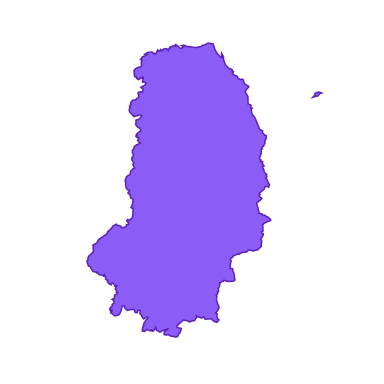 outline of Annobon, Annobón, Equatorial Guinea, rotated 18°
{"feature_id": "11065452B47830871634702", "entity_name": "Annobon", "entity_type": "district", "adm_level": 2, "iso_a3": "GNQ", "parent_name": "Equatorial Guinea", "parent_adm1": "Annobón", "projection": "albers", "projection_center": [5.634, -1.431], "detail": "fine", "context": "isolated", "style": "filled", "palette": "violet", "viewbox_px": 384, "rotation_deg": 18, "n_neighbors": 0, "source": "geoboundaries", "source_scale": "gbopen_adm2", "svg_char_len": 6065}
<svg xmlns="http://www.w3.org/2000/svg" viewBox="0 0 384 384"><g transform="rotate(18 192 192)"><path d="M116.2,294.4L118.3,294.4L119.4,295.7L122.4,298.2L125.0,297.9L126.6,298.4L126.6,297.6L128.1,298.3L129.0,299.3L133.3,298.8L134.0,297.9L134.2,299.3L135.6,298.9L136.2,299.8L136.5,301.3L138.1,302.1L139.2,302.0L139.1,303.0L140.9,304.8L143.6,305.3L143.3,304.4L144.6,303.1L147.6,304.6L147.7,305.5L149.5,304.4L148.9,307.7L150.7,309.2L151.0,310.8L152.4,310.8L152.4,311.6L150.2,314.1L151.1,317.7L149.7,318.2L149.1,318.8L150.3,319.1L151.6,320.2L152.2,321.4L150.9,323.6L151.2,325.6L149.9,327.4L150.4,328.4L149.9,329.0L150.8,329.7L152.4,329.0L152.8,330.2L151.5,331.0L152.0,332.0L154.0,332.5L156.3,333.7L158.4,333.0L160.5,331.3L161.1,329.1L161.1,327.2L161.4,325.9L160.7,322.3L161.2,322.0L163.0,321.3L163.9,323.1L167.1,324.6L171.0,322.2L173.3,321.7L175.1,324.2L177.3,323.6L177.1,321.1L177.9,320.7L179.3,320.7L180.1,324.0L181.8,324.4L182.6,325.9L185.2,327.7L187.7,324.8L189.1,325.3L187.7,328.4L186.9,331.9L187.1,336.9L187.6,339.5L189.0,339.5L190.4,338.9L191.3,336.8L195.6,336.9L196.4,335.5L197.3,336.7L198.1,336.3L199.3,333.4L199.3,332.0L201.0,334.5L202.1,334.6L204.2,335.3L205.5,334.7L206.7,333.1L211.9,328.9L209.0,333.4L209.0,334.7L209.5,336.2L211.9,336.0L213.3,335.0L216.7,335.6L219.0,335.0L221.2,335.1L223.0,333.9L223.2,330.9L224.0,330.0L224.2,328.2L224.0,325.1L219.5,325.4L219.0,323.5L220.2,322.5L220.2,321.3L220.9,320.7L223.3,316.5L227.1,315.9L230.0,316.4L231.0,315.2L234.2,313.5L235.1,309.7L234.5,308.5L237.5,309.0L240.3,308.8L241.5,307.1L243.8,308.9L249.4,306.7L253.0,308.3L255.9,308.3L256.7,307.0L257.2,305.3L255.5,304.6L254.0,302.3L253.5,300.0L251.8,299.6L253.0,297.3L253.5,293.3L251.6,291.2L248.6,287.0L247.9,283.6L247.0,282.7L247.8,281.4L247.3,279.6L248.1,278.5L247.0,276.5L247.1,270.5L246.3,269.6L247.5,268.8L248.5,267.5L249.4,267.2L249.7,266.0L252.2,266.2L254.5,265.8L258.0,264.4L259.9,263.3L259.9,262.2L257.1,256.5L255.1,254.4L254.4,252.4L251.9,253.1L251.6,250.9L250.7,250.2L251.0,248.9L250.5,247.8L250.7,245.7L249.0,243.8L250.9,241.2L250.9,240.2L254.6,237.0L256.3,236.6L256.8,235.3L260.6,232.9L262.6,232.2L263.2,230.0L266.2,229.2L268.8,229.1L269.9,228.0L272.4,226.7L274.8,222.2L273.8,220.5L273.8,218.3L273.1,216.5L271.9,216.0L273.1,211.1L272.5,209.5L271.5,209.9L270.2,208.5L271.6,207.2L270.0,202.8L269.1,201.8L270.0,200.5L270.1,199.5L275.6,194.7L275.3,193.9L271.9,192.3L270.4,192.4L268.4,191.5L266.6,192.4L265.5,191.1L263.8,191.6L263.1,191.2L262.4,191.4L259.5,186.5L256.9,182.9L258.4,180.0L259.5,178.8L260.4,176.4L257.9,175.8L257.0,174.7L257.5,173.6L256.5,172.7L258.6,168.6L259.6,167.7L260.1,164.2L262.0,163.2L263.5,163.8L263.3,160.8L262.0,160.4L261.5,159.3L259.1,156.7L257.7,156.0L258.5,154.4L257.4,153.3L257.7,152.3L255.9,151.5L254.5,150.5L252.6,147.5L251.3,147.0L251.2,145.8L252.5,144.9L250.3,143.4L249.7,141.2L248.0,142.1L247.6,140.2L246.8,140.4L245.7,138.9L245.9,133.9L244.8,130.1L245.6,129.1L244.6,127.8L246.0,126.3L245.7,125.0L246.4,123.5L245.5,120.5L246.1,118.1L245.0,115.3L243.6,115.5L240.8,113.8L240.0,111.9L238.6,111.9L236.6,111.1L229.5,102.5L224.8,99.0L222.5,94.9L223.4,93.9L221.8,93.2L221.2,91.1L218.1,90.9L215.8,84.2L211.9,80.5L211.8,78.9L212.4,76.9L213.6,74.5L212.8,73.8L209.3,73.2L207.5,71.8L206.1,69.4L204.5,69.2L203.5,70.0L200.6,69.8L199.6,68.1L195.0,67.5L193.6,66.4L194.4,65.0L194.3,64.7L192.7,64.4L192.6,63.4L190.4,62.8L188.8,63.0L184.7,60.9L181.3,56.8L180.2,53.7L177.3,51.0L177.9,53.3L179.8,54.9L177.4,55.1L172.8,52.2L169.7,49.3L166.3,44.5L161.3,45.4L157.8,48.9L156.5,49.2L156.2,50.5L150.7,53.6L144.2,54.6L142.1,55.2L138.8,54.7L138.0,55.5L136.8,56.0L139.2,56.6L137.0,59.2L132.0,57.0L130.7,56.9L131.3,58.3L128.8,58.6L128.2,60.0L126.3,60.8L126.5,61.9L125.9,62.4L126.4,63.0L125.3,63.7L125.4,64.7L124.3,63.8L123.0,63.5L120.4,65.2L120.0,67.0L118.2,66.2L118.2,67.4L116.9,67.5L116.3,68.6L115.4,67.7L115.2,70.3L114.5,72.2L113.6,71.7L113.0,72.2L110.8,71.2L106.7,72.9L104.6,75.6L106.7,75.2L105.1,77.2L103.2,78.7L102.8,79.3L103.1,80.1L102.0,81.7L103.9,82.5L103.6,83.3L103.8,84.7L104.8,87.1L104.8,88.5L102.7,89.9L100.4,91.9L99.3,94.4L101.7,99.9L102.7,100.0L103.6,99.7L104.2,101.1L106.6,101.6L107.8,100.0L107.8,99.2L109.7,99.5L109.8,98.0L110.8,99.2L110.6,101.1L110.9,102.8L112.7,102.1L114.1,102.4L114.5,104.1L113.7,105.5L111.0,108.2L114.2,109.7L114.2,111.1L113.9,112.2L112.3,112.5L112.0,112.9L110.6,113.3L110.0,114.3L110.3,115.3L111.3,116.1L112.0,118.6L110.3,120.6L109.7,122.2L107.3,122.9L106.8,123.8L106.9,124.8L106.3,125.3L106.2,126.7L106.9,127.5L106.4,128.4L106.2,130.3L107.3,131.2L106.7,132.7L107.2,134.0L108.2,135.3L113.6,138.3L115.4,136.8L116.9,136.3L117.9,135.0L119.5,134.7L120.6,135.4L119.7,137.8L118.6,139.8L117.5,140.1L116.5,141.0L117.3,143.2L117.5,145.3L120.8,147.4L122.1,147.2L123.9,148.6L124.4,150.0L123.2,151.1L121.4,153.9L121.4,156.1L122.6,155.4L122.8,157.1L124.4,156.7L124.8,158.6L124.2,159.7L125.8,160.8L127.8,161.6L124.7,164.3L123.0,166.9L123.5,168.4L122.4,170.8L123.1,172.9L125.0,174.9L124.8,176.9L124.1,177.9L124.7,178.9L124.6,179.8L126.8,181.6L127.6,182.7L127.2,184.0L129.9,187.1L128.6,188.3L127.2,191.4L127.6,193.1L127.4,195.0L125.8,196.4L124.7,198.2L125.2,199.2L124.7,201.4L126.2,203.9L126.4,205.5L127.3,206.3L127.6,207.8L128.7,209.0L130.1,209.9L131.7,209.6L132.3,210.9L131.4,212.0L131.5,213.0L134.5,213.9L134.4,214.8L135.4,216.5L138.2,217.2L139.2,221.8L138.9,222.5L139.2,224.4L138.8,225.6L140.2,226.1L141.1,225.8L142.4,230.6L143.2,235.1L142.7,235.7L142.6,236.5L141.7,236.9L141.6,237.7L140.9,238.7L139.5,237.9L138.7,239.2L139.8,240.4L141.3,241.0L141.4,242.5L139.8,243.4L140.0,245.0L138.2,246.9L136.0,247.6L134.5,246.3L131.2,246.7L130.0,245.9L127.1,249.0L127.2,249.8L125.6,253.5L124.2,255.5L123.7,258.9L121.6,261.0L121.1,262.3L119.5,263.7L119.0,265.0L117.8,266.0L118.0,266.9L117.6,267.5L117.3,269.8L116.3,271.0L115.0,271.9L114.2,273.4L115.1,273.6L115.1,275.7L116.6,278.5L116.0,280.8L113.6,284.9L113.4,286.5L114.1,288.7L113.4,289.7L114.1,291.4L115.8,293.5L116.2,294.4ZM277.6,64.6L280.3,62.6L282.0,61.9L283.2,58.8L284.7,57.8L281.6,57.7L278.6,60.0L278.8,61.8L277.6,64.6Z" fill="#8b5cf6" stroke="#5b21b6" stroke-width="1.5"/></g></svg>